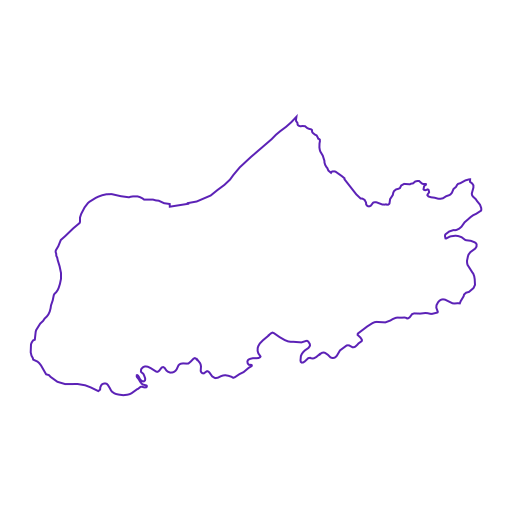 El Peñon, Bolívar, Colombia, rotated 270°
{"feature_id": "7082276B39093540987774", "entity_name": "El Peñon", "entity_type": "district", "adm_level": 2, "iso_a3": "COL", "parent_name": "Colombia", "parent_adm1": "Bolívar", "projection": "mercator", "projection_center": [-73.909, 8.86], "detail": "fine", "context": "isolated", "style": "outline", "palette": "violet", "viewbox_px": 512, "rotation_deg": 270, "n_neighbors": 0, "source": "geoboundaries", "source_scale": "gbopen_adm2", "svg_char_len": 6095}
<svg xmlns="http://www.w3.org/2000/svg" viewBox="0 0 512 512"><g transform="rotate(270 256 256)"><path d="M314.7,129.0L315.8,120.8L317.9,111.6L317.7,106.3L316.8,102.3L315.3,98.2L314.1,95.7L310.2,89.4L308.9,87.9L304.6,84.6L298.1,81.2L294.5,80.0L290.1,80.0L289.0,79.6L283.7,73.3L275.7,65.0L272.0,60.8L265.8,58.3L261.6,55.8L260.1,55.6L258.2,56.2L256.2,56.3L254.4,57.2L251.9,57.7L245.7,59.6L239.0,61.0L233.2,61.0L228.0,59.9L224.2,58.7L222.0,57.7L219.8,56.2L218.2,54.5L216.9,53.8L211.6,52.7L206.6,51.0L203.8,50.6L200.4,49.7L197.6,48.4L195.6,46.9L193.4,44.6L191.1,43.1L188.4,40.2L182.0,36.2L180.3,35.7L172.3,34.8L171.6,33.1L169.5,31.7L167.7,31.0L159.7,30.7L156.3,31.5L154.0,32.8L152.4,33.2L150.4,37.5L148.9,39.2L146.6,41.0L137.7,46.1L136.9,48.9L135.1,50.6L130.2,57.4L127.9,65.2L128.0,77.6L126.7,85.2L124.6,90.7L120.9,98.3L122.4,100.1L124.7,100.3L126.7,101.2L127.8,102.2L128.3,103.4L128.6,105.0L128.2,106.7L127.0,107.9L123.9,109.8L121.6,111.0L120.3,112.0L118.7,114.3L118.0,116.0L117.4,118.8L116.8,123.3L117.3,127.5L117.9,129.8L118.8,131.6L122.9,137.3L123.1,138.0L125.1,140.5L125.3,141.8L124.6,144.3L124.6,145.3L124.7,146.2L125.3,146.8L126.1,146.8L126.5,146.5L127.5,142.8L128.4,141.6L130.4,140.1L132.8,138.7L134.9,137.0L135.7,136.7L136.8,136.8L136.9,137.2L136.4,138.0L134.7,139.1L133.4,139.6L132.1,140.6L131.4,141.3L130.7,142.5L130.6,143.8L131.6,145.0L133.1,145.2L134.1,145.0L136.8,144.0L138.2,143.3L139.9,141.2L140.7,140.9L142.5,141.1L143.3,141.5L145.0,143.3L145.6,145.1L145.4,147.2L145.1,148.2L143.8,150.8L140.4,156.2L140.2,157.1L140.2,157.6L140.7,158.5L141.4,159.3L144.0,161.3L144.7,162.1L144.9,163.3L144.1,164.6L141.5,166.4L140.3,167.9L139.4,170.2L139.5,172.3L140.0,173.8L141.1,175.4L142.6,176.6L146.7,178.5L147.7,179.6L148.3,180.9L148.6,183.1L148.4,186.8L148.5,188.4L150.6,190.9L153.3,193.5L153.9,194.8L153.5,195.8L152.3,196.9L152.6,197.1L149.1,199.9L147.6,200.6L145.6,201.0L141.0,200.7L139.7,201.3L138.8,202.3L138.6,203.8L140.7,206.7L140.8,207.5L140.3,208.5L139.5,209.4L135.6,212.2L134.1,214.7L133.9,215.5L134.3,217.9L135.8,220.9L136.5,223.0L136.8,225.2L136.2,228.5L135.2,231.5L134.2,233.2L134.8,234.9L137.9,239.5L139.9,243.6L144.1,248.6L145.9,251.6L146.5,251.8L147.0,251.6L147.2,250.8L147.1,249.1L147.8,248.3L148.9,247.6L150.7,247.4L151.9,248.0L152.5,248.7L153.2,250.3L153.8,252.9L153.8,256.8L154.0,258.6L154.8,260.1L155.4,260.5L155.9,260.3L158.5,258.4L161.1,257.6L164.0,257.7L165.9,258.3L168.5,259.8L171.7,262.9L176.6,268.8L176.8,268.7L178.8,271.2L179.4,272.5L178.8,274.0L174.9,279.6L171.9,284.8L170.6,288.1L170.2,290.7L170.2,293.4L169.6,301.4L171.1,306.2L171.1,307.2L170.4,308.3L168.0,309.8L166.6,310.0L165.6,309.6L164.0,308.4L161.6,304.9L159.8,303.1L158.0,301.8L156.0,300.9L151.6,300.5L150.1,300.8L149.4,301.7L149.5,303.1L150.5,304.7L153.9,308.3L154.2,310.2L153.8,310.8L153.5,312.8L153.8,314.1L155.0,316.3L157.8,319.6L157.5,319.8L158.7,321.1L159.2,322.1L159.5,323.7L159.1,325.1L157.2,327.9L154.6,330.5L154.0,332.3L154.1,333.9L154.7,335.3L156.2,336.8L161.6,340.0L166.5,346.6L166.7,347.6L166.6,349.1L164.7,352.6L164.8,353.9L165.3,355.2L167.2,357.3L168.6,358.5L170.8,361.6L171.3,361.9L172.1,361.9L172.7,361.6L174.5,360.4L177.1,357.6L178.4,357.8L185.6,367.3L188.9,372.5L189.8,374.6L190.1,376.5L189.6,385.3L191.5,390.4L192.9,392.7L194.1,395.6L194.4,397.2L194.3,401.6L194.5,404.5L194.0,406.6L193.5,407.1L193.7,408.2L194.7,409.7L197.9,412.1L198.6,414.2L198.4,420.2L199.0,425.5L198.8,427.7L198.2,430.3L198.1,431.9L199.4,437.2L199.6,437.6L200.2,437.8L204.3,436.3L206.8,436.5L209.8,438.1L211.3,439.5L212.1,440.7L212.6,442.2L212.6,443.7L212.3,445.2L211.3,447.2L208.7,452.5L208.5,454.4L208.8,457.8L208.6,459.8L210.7,460.6L215.7,463.6L217.5,464.1L219.3,466.1L220.1,469.0L223.5,473.0L224.1,473.6L227.2,475.0L232.8,474.7L235.8,474.2L238.5,473.2L239.3,472.5L247.2,467.5L249.1,467.1L251.2,467.0L255.5,467.9L257.4,468.5L259.9,470.4L263.4,475.2L265.4,476.5L267.6,476.6L268.6,476.1L269.7,474.7L271.2,470.8L271.8,466.0L272.2,465.0L274.8,461.6L275.9,458.4L276.3,455.6L275.7,450.9L275.3,449.6L273.5,446.2L273.6,445.5L275.9,445.0L277.0,445.1L277.7,445.5L280.5,449.2L281.9,453.4L281.8,455.2L282.1,456.6L283.3,459.1L285.2,461.4L289.7,464.6L295.0,470.7L296.8,473.2L298.2,476.2L301.4,481.1L302.3,481.3L304.0,481.2L307.3,480.0L311.1,476.9L312.8,475.8L315.6,472.8L317.0,472.0L318.5,471.8L324.4,473.4L326.7,473.4L328.5,472.2L330.2,470.0L332.7,470.1L332.6,469.0L331.6,465.4L328.8,460.3L328.1,458.0L327.1,457.1L325.1,456.0L323.0,453.5L319.2,451.9L317.5,450.4L316.8,449.1L315.8,446.2L313.7,442.9L313.2,440.2L313.3,438.1L314.3,434.5L314.7,431.2L315.5,428.5L316.7,427.4L317.4,427.5L319.7,429.1L320.6,429.0L322.2,428.5L322.6,427.7L321.8,425.5L321.9,424.7L322.2,423.9L322.7,423.5L325.7,424.1L326.6,424.8L327.0,425.7L327.8,426.0L328.0,425.8L328.0,423.1L328.5,421.9L331.0,419.1L331.0,417.4L330.5,415.2L328.6,413.0L328.3,411.0L327.7,409.9L328.1,404.1L326.5,401.2L323.9,399.9L323.2,398.4L322.6,396.1L321.0,394.1L319.4,393.3L317.0,392.8L312.9,390.1L308.7,389.5L308.1,389.2L307.3,388.1L307.3,386.8L307.7,386.0L307.4,384.9L307.5,382.3L309.7,376.5L309.8,375.1L309.6,373.8L309.3,373.1L306.4,370.9L305.9,370.1L305.6,369.0L305.8,367.9L306.3,367.1L307.5,366.2L309.5,366.0L312.1,364.6L313.4,362.4L313.5,360.6L317.6,356.3L332.7,344.5L333.7,344.5L336.0,341.7L340.3,335.6L340.6,334.7L340.6,332.6L340.2,331.6L339.2,331.0L341.3,328.5L342.2,328.0L343.8,327.4L345.0,326.4L347.1,325.2L349.4,324.5L351.2,324.4L356.3,322.8L360.5,320.3L362.1,319.8L364.6,319.4L368.5,319.5L370.7,319.9L372.4,319.8L372.8,319.4L373.3,318.2L374.4,317.8L376.6,316.6L377.4,314.9L379.2,312.7L380.2,312.1L381.9,312.0L382.3,311.6L382.7,311.0L383.1,309.2L383.9,307.3L385.8,305.0L386.0,302.4L385.7,300.6L386.1,299.1L386.8,298.0L387.5,297.6L389.2,297.4L390.9,296.1L392.3,296.0L395.2,296.4L389.9,291.4L385.2,286.1L380.8,280.2L377.3,276.0L372.8,271.6L355.0,250.9L344.7,239.8L337.2,233.5L332.4,230.0L327.1,224.4L322.0,217.5L316.5,210.7L310.5,196.7L308.9,187.9L308.2,188.1L305.3,169.8L308.0,169.7L308.8,164.1L311.3,158.7L311.6,155.8L312.4,153.0L312.4,144.1L313.6,142.5L314.9,139.9L315.6,137.5L315.6,133.0L315.2,130.4L314.7,129.0Z" fill="none" stroke="#5b21b6" stroke-width="2"/></g></svg>